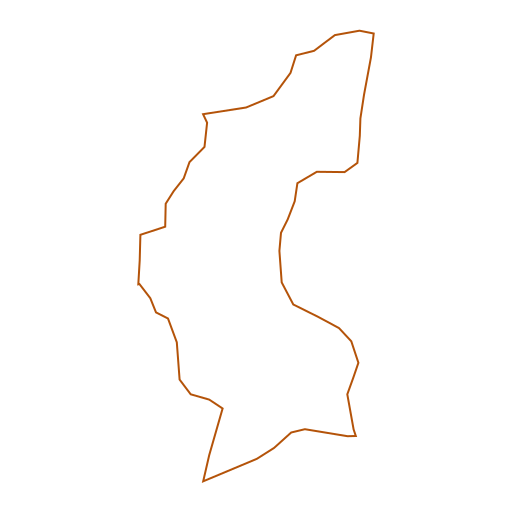 an SVG outline of Ainaro
{"feature_id": "TLS-545", "entity_name": "Ainaro", "entity_type": "District", "adm_level": 1, "iso_a3": "TLS", "parent_name": "East Timor", "parent_adm1": "", "projection": "robinson", "projection_center": [125.566, -9.004], "detail": "fine", "context": "isolated", "style": "outline", "palette": "amber", "viewbox_px": 512, "rotation_deg": 0, "n_neighbors": 0, "source": "natural_earth", "source_scale": "10m", "svg_char_len": 848}
<svg xmlns="http://www.w3.org/2000/svg" viewBox="0 0 512 512"><path d="M355.8,436.0L347.5,436.2L304.9,429.2L291.2,432.5L274.1,447.9L256.9,458.8L203.2,481.3L209.2,455.2L222.6,408.5L209.2,399.6L190.7,394.3L179.6,379.6L176.8,342.3L168.0,318.5L156.0,312.4L150.3,298.2L139.4,284.0L138.3,284.3L139.7,260.6L140.4,234.8L165.2,226.7L165.7,203.7L173.7,191.1L183.7,178.4L189.5,162.1L204.5,146.9L207.1,122.7L203.1,114.2L206.8,113.6L246.1,107.5L273.5,96.1L290.5,72.9L296.1,55.3L314.1,50.8L324.5,42.9L334.9,35.1L359.5,30.7L373.7,33.5L371.1,56.1L370.9,57.7L364.0,94.9L360.4,118.4L359.8,135.9L357.4,162.9L344.6,172.1L316.8,171.8L297.4,183.2L294.7,201.3L287.7,219.4L281.0,232.8L279.4,250.9L281.7,282.4L293.3,304.5L318.2,316.9L339.0,328.1L351.3,341.3L358.4,362.8L353.4,377.4L347.3,394.3L353.6,429.4L355.8,436.0Z" fill="none" stroke="#b45309" stroke-width="2"/></svg>